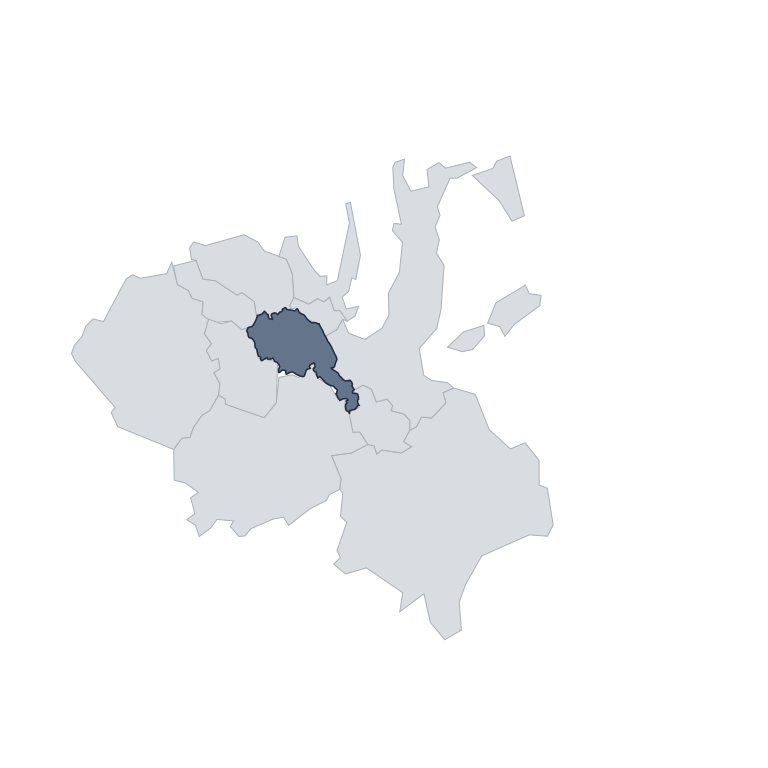 Austria highlighted among its neighbors, rotated 232°
{"feature_id": "AUT", "entity_name": "Austria", "entity_type": "country or territory", "adm_level": 0, "iso_a3": "AUT", "parent_name": "Europe", "parent_adm1": "", "projection": "orthographic", "projection_center": [13.446, 47.7], "detail": "fine", "context": "with_neighbors", "style": "filled", "palette": "slate", "viewbox_px": 768, "rotation_deg": 232, "n_neighbors": 10, "source": "natural_earth", "source_scale": "50m", "svg_char_len": 8306}
<svg xmlns="http://www.w3.org/2000/svg" viewBox="0 0 768 768"><g transform="rotate(232 384 384)"><path d="M328.3,284.2L335.7,291.8L359.8,298.5L349.8,315.7L346.2,334.1L341.0,338.2L333.2,335.1L333.2,341.8L319.0,355.2L317.6,367.0L326.5,363.7L331.7,375.7L330.3,383.0L334.9,393.2L327.9,400.6L331.0,421.1L340.9,425.2L337.9,436.4L319.7,449.6L283.2,438.8L254.9,443.7L250.8,459.0L228.4,459.2L208.9,444.1L201.2,448.5L168.9,430.6L163.4,419.1L175.7,405.6L188.4,355.2L175.7,324.7L165.8,309.0L142.4,293.4L145.1,274.4L167.7,273.8L194.1,286.3L194.8,256.2L208.1,270.2L249.9,256.9L258.2,236.5L273.1,233.4L274.1,242.8L281.6,244.3L297.8,269.3L306.6,268.3L323.4,284.3L328.3,284.2ZM361.1,465.8L373.9,456.6L376.1,479.0L368.7,498.8L360.1,493.0L356.6,475.2L361.1,465.8Z" fill="#d9dde1" stroke="#a8b0b8" stroke-width="1"/><path d="M605.2,164.0L607.4,175.3L613.1,184.5L614.5,194.8L605.9,201.3L625.6,245.6L624.9,253.1L617.2,257.2L604.8,280.6L610.6,291.8L589.6,282.5L577.8,287.4L569.6,285.5L560.1,292.0L550.8,283.4L544.1,287.5L534.4,273.6L521.9,272.8L519.8,264.7L508.3,262.3L506.1,269.2L496.8,264.1L497.6,256.9L485.2,255.0L477.1,246.8L470.2,230.3L471.3,221.3L467.1,207.4L461.3,198.2L465.6,191.2L461.8,178.0L514.2,147.9L529.5,151.4L531.1,157.6L592.3,154.7L600.4,156.5L605.2,164.0Z" fill="#d9dde1" stroke="#a8b0b8" stroke-width="1"/><path d="M600.7,308.9L611.1,314.8L613.1,321.6L603.1,328.3L587.8,365.6L573.8,371.9L562.5,371.6L542.6,383.9L527.4,379.8L507.5,366.2L503.6,357.6L500.6,357.4L505.9,340.3L502.3,334.8L512.2,334.4L513.0,323.6L528.8,332.4L543.3,328.3L544.3,322.9L569.2,314.5L578.1,305.9L597.3,311.9L600.7,308.9Z" fill="#d9dde1" stroke="#a8b0b8" stroke-width="1"/><path d="M461.8,178.0L465.6,191.2L461.3,198.2L467.1,207.4L471.3,221.3L470.2,230.3L477.1,246.8L469.9,249.7L465.5,246.7L431.2,268.9L435.7,287.7L453.9,305.3L447.8,317.4L441.6,320.7L444.0,337.7L442.3,342.1L436.8,336.7L428.4,335.8L415.7,340.2L400.2,338.6L397.4,345.4L388.8,337.8L383.4,339.0L365.1,329.9L361.1,335.4L346.2,334.1L349.8,315.7L359.8,298.5L335.7,291.8L328.3,284.2L330.4,272.9L327.6,266.7L331.2,249.3L331.3,221.9L340.9,222.7L345.9,213.3L351.9,189.9L349.8,180.9L353.3,175.7L366.3,175.2L368.7,181.2L380.1,169.0L377.3,159.1L377.6,144.4L388.7,148.5L398.5,145.0L398.3,155.0L413.4,161.7L412.9,170.9L428.6,166.4L437.3,159.4L461.8,178.0Z" fill="#d9dde1" stroke="#a8b0b8" stroke-width="1"/><path d="M507.5,366.2L527.4,379.8L542.6,383.9L549.2,379.5L560.6,396.3L554.2,406.6L545.5,401.4L516.8,399.1L508.2,400.0L504.4,405.6L497.6,399.8L494.1,410.8L532.1,455.9L549.6,464.7L547.7,469.3L500.1,444.8L483.7,426.1L487.5,424.0L478.7,413.2L478.2,404.4L466.3,400.5L460.8,411.8L455.3,403.1L456.3,393.6L469.1,394.4L472.4,389.9L485.9,394.4L485.6,387.1L491.9,384.3L493.4,373.7L507.5,366.2Z" fill="#d9dde1" stroke="#a8b0b8" stroke-width="1"/><path d="M383.4,339.0L380.8,349.9L397.7,356.1L395.9,366.8L387.8,370.9L374.6,366.9L370.1,377.2L361.5,377.5L358.6,373.2L347.9,381.3L339.0,381.9L331.7,375.7L326.5,363.7L317.6,367.0L319.0,355.2L333.2,341.8L333.2,335.1L341.0,338.2L346.2,334.1L361.1,335.4L365.1,329.9L383.4,339.0Z" fill="#d9dde1" stroke="#a8b0b8" stroke-width="1"/><path d="M397.7,356.1L408.4,360.2L410.7,355.3L428.4,351.2L432.2,360.3L457.8,367.2L455.9,380.1L460.4,391.2L445.8,387.4L430.8,396.5L429.3,416.9L435.3,430.3L452.9,443.5L462.6,465.0L484.3,485.7L499.6,485.1L504.5,490.7L499.2,496.1L531.8,512.0L549.5,524.5L551.8,529.2L548.6,538.7L536.9,527.2L519.4,523.8L511.7,540.9L526.5,549.9L524.7,563.5L516.3,565.4L506.1,587.9L497.5,590.2L501.2,568.3L505.5,562.7L490.7,535.1L482.4,532.0L476.3,520.9L463.5,516.4L454.9,506.0L440.4,504.3L407.8,475.0L395.2,459.6L390.3,433.6L366.3,420.7L357.5,423.7L345.9,435.0L337.9,436.4L340.9,425.2L331.0,421.1L327.9,400.6L334.9,393.2L330.3,383.0L331.7,375.7L339.0,381.9L347.9,381.3L358.6,373.2L361.5,377.5L370.1,377.2L374.6,366.9L387.8,370.9L395.9,366.8L397.7,356.1ZM457.4,587.6L494.0,582.0L486.9,602.4L490.2,610.3L486.1,623.6L430.3,598.3L433.4,585.1L457.4,587.6ZM357.9,510.6L368.1,503.1L379.1,522.2L374.9,556.2L365.8,554.1L357.1,562.3L349.8,555.0L350.8,523.7L347.1,508.6L357.9,510.6Z" fill="#d9dde1" stroke="#a8b0b8" stroke-width="1"/><path d="M457.8,367.2L472.7,369.1L481.7,363.0L497.4,361.9L500.6,357.4L503.6,357.6L507.5,366.2L493.4,373.7L491.9,384.3L485.6,387.1L485.9,394.4L472.4,389.9L469.1,394.4L456.3,393.6L460.4,391.2L455.9,380.1L457.8,367.2Z" fill="#d9dde1" stroke="#a8b0b8" stroke-width="1"/><path d="M606.7,290.7L597.3,311.9L578.1,305.9L569.2,314.5L544.3,322.9L543.3,328.3L528.8,332.4L513.0,323.6L510.9,314.7L514.3,305.4L527.6,302.5L538.0,286.3L550.8,283.4L560.1,292.0L569.6,285.5L577.8,287.4L589.6,282.5L606.7,290.7Z" fill="#d9dde1" stroke="#a8b0b8" stroke-width="1"/><path d="M477.1,246.8L485.2,255.0L497.6,256.9L496.8,264.1L506.1,269.2L508.3,262.3L519.8,264.7L521.9,272.8L534.4,273.6L543.0,285.9L531.9,292.6L527.6,302.5L514.3,305.4L512.1,311.3L503.9,306.7L495.9,308.3L482.3,300.7L466.8,313.7L435.7,287.7L431.2,268.9L465.5,246.7L469.9,249.7L477.1,246.8Z" fill="#d9dde1" stroke="#a8b0b8" stroke-width="1"/><path d="M381.9,345.6L383.5,342.5L383.9,340.5L382.7,339.3L382.2,338.9L382.6,338.7L384.4,339.0L385.6,338.4L386.2,337.8L387.8,338.5L390.0,339.8L391.1,340.7L391.5,341.4L391.8,341.9L391.6,342.8L392.1,343.2L393.2,343.4L393.9,343.7L393.6,344.9L393.5,345.9L394.5,345.8L395.8,345.1L396.9,343.8L397.6,342.4L398.2,339.2L398.3,339.0L399.1,339.2L402.2,339.2L403.6,339.9L405.9,340.0L405.9,340.6L406.3,341.4L407.3,342.5L407.7,343.3L408.8,343.5L410.5,343.1L411.5,342.7L411.8,343.0L413.4,342.8L414.7,341.9L415.1,341.2L416.5,340.7L418.3,339.6L420.9,338.8L429.2,338.0L429.5,337.3L429.4,335.7L429.6,335.5L430.6,335.9L432.3,336.3L433.6,336.9L434.4,337.6L435.2,337.7L436.4,337.2L438.0,336.8L439.5,337.6L439.9,338.5L439.6,338.9L439.7,339.6L440.1,340.2L441.3,341.1L442.9,341.9L443.7,341.9L444.0,341.1L444.3,339.2L444.5,337.3L444.1,336.1L443.3,335.8L442.3,335.7L441.7,335.5L441.9,334.9L442.7,333.3L442.7,331.1L440.9,328.6L439.4,326.2L439.4,325.4L440.3,324.0L441.8,322.9L445.0,321.1L446.0,320.7L447.3,320.4L449.2,319.6L450.1,318.8L450.7,318.0L451.6,313.5L451.8,313.3L452.1,313.0L455.3,314.6L455.6,314.3L456.2,314.1L457.2,312.9L457.5,312.0L457.4,310.3L457.5,308.7L457.7,308.2L458.2,308.4L459.6,309.2L460.7,310.1L461.8,312.5L464.2,313.1L467.3,313.1L468.4,312.0L469.4,311.8L470.5,312.1L472.9,312.4L473.1,310.5L474.5,308.5L475.1,307.8L476.8,307.9L477.2,306.4L477.5,302.3L477.9,301.8L479.2,301.9L480.4,302.6L480.8,303.2L481.5,303.1L482.4,302.7L483.4,302.4L485.0,302.8L488.4,304.6L490.1,305.2L491.2,305.0L492.3,305.0L496.4,307.8L499.2,308.1L501.7,308.0L502.5,307.1L503.6,306.3L504.7,306.4L505.7,306.7L507.7,307.9L508.6,308.2L509.8,308.3L510.6,308.5L511.5,310.7L512.0,311.2L511.9,311.5L511.9,312.5L511.2,313.8L510.6,315.4L510.7,316.8L512.8,321.7L514.6,324.6L514.9,325.7L516.1,326.6L515.1,327.7L515.0,329.4L514.3,330.1L514.2,331.1L514.5,331.9L514.6,333.0L515.0,334.4L513.4,334.8L511.4,334.8L510.8,335.0L510.1,335.4L509.4,335.2L507.6,333.9L506.6,333.7L505.9,333.8L505.4,334.4L504.5,335.2L503.7,335.8L503.9,336.2L507.6,337.3L508.4,339.2L507.7,340.8L507.5,341.6L506.7,342.2L505.6,342.8L504.4,342.9L504.3,343.8L504.9,346.2L504.5,346.8L504.1,347.6L504.5,349.6L505.3,349.7L505.5,350.1L505.4,351.0L505.3,351.8L505.1,352.8L505.0,353.2L504.4,353.5L502.8,353.4L501.4,354.2L498.7,357.2L497.7,357.7L496.6,358.9L496.8,361.4L496.6,361.6L496.4,362.1L493.0,361.3L492.8,361.3L490.6,361.7L489.0,362.9L487.1,363.6L483.1,363.4L479.3,363.9L478.4,364.3L477.4,364.5L476.4,365.1L475.9,366.1L474.9,367.3L473.6,368.3L472.1,369.0L471.8,369.6L471.3,370.0L470.4,369.5L469.7,369.5L468.9,369.2L466.2,368.9L463.1,368.4L461.7,367.9L460.1,367.5L458.3,367.2L456.7,367.1L455.9,366.9L452.2,366.0L449.7,366.0L446.4,365.6L439.9,364.1L438.0,363.6L436.2,363.4L434.0,362.9L432.4,362.0L431.4,360.5L430.3,358.5L428.3,355.9L427.9,354.6L428.5,353.5L429.2,352.6L429.1,352.3L428.6,352.1L425.1,353.1L421.6,354.4L420.2,354.5L418.9,354.1L417.2,354.0L415.5,354.4L412.1,354.5L410.1,355.5L408.8,357.4L408.0,359.0L407.5,359.5L406.3,359.7L404.5,359.5L403.3,359.0L402.1,357.5L400.1,357.3L398.3,357.2L397.9,356.9L397.9,356.0L397.3,354.3L396.2,353.7L393.0,356.8L392.2,357.0L389.8,356.0L387.7,354.6L387.5,353.6L387.2,352.7L385.5,351.9L383.3,351.2L382.6,351.2L382.9,350.7L383.2,349.9L383.0,349.3L382.5,348.6L382.3,347.8L382.2,347.1L382.1,346.5L382.0,346.0L381.9,345.6Z" fill="#64748b" stroke="#1e293b" stroke-width="1.5"/></g></svg>